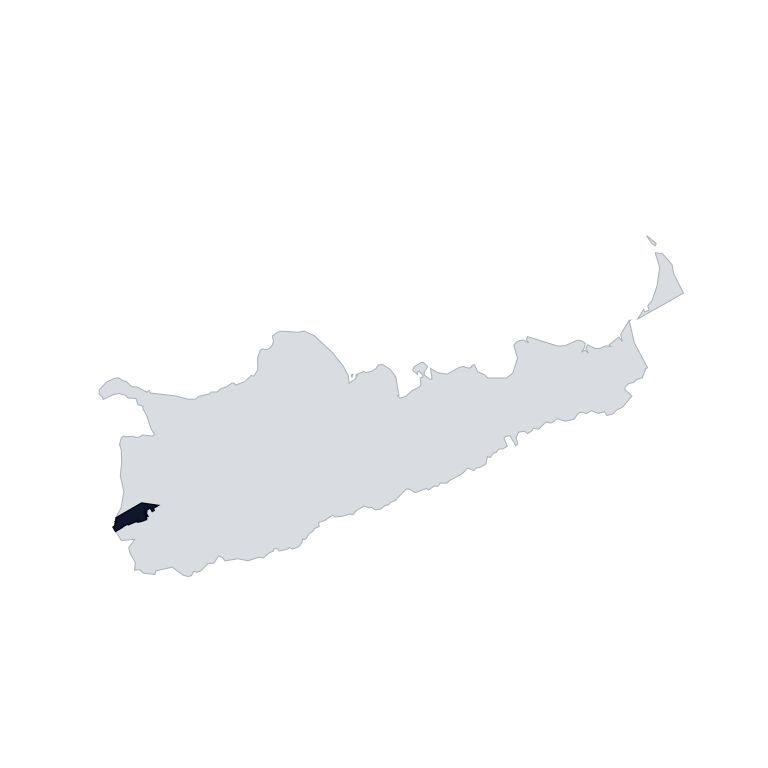 location of Rivadavia, Salta, Argentina, rotated 240°
{"feature_id": "61730980B79245586725774", "entity_name": "Rivadavia", "entity_type": "district", "adm_level": 2, "iso_a3": "ARG", "parent_name": "Argentina", "parent_adm1": "Salta", "projection": "mercator", "projection_center": [-62.515, -23.621], "detail": "fine", "context": "in_parent", "style": "filled", "palette": "ink", "viewbox_px": 768, "rotation_deg": 240, "n_neighbors": 0, "source": "geoboundaries", "source_scale": "gbopen_adm2", "svg_char_len": 5198}
<svg xmlns="http://www.w3.org/2000/svg" viewBox="0 0 768 768"><g transform="rotate(240 384 384)"><path d="M468.8,206.6L465.1,213.2L466.0,217.6L462.5,228.1L463.5,230.2L460.6,235.2L461.6,240.6L460.2,245.9L460.9,252.5L459.8,254.5L457.3,255.0L455.6,264.4L457.8,273.4L455.9,275.1L459.3,281.8L469.7,287.5L475.0,293.5L475.2,295.9L472.4,299.7L472.1,302.8L473.7,307.0L476.3,309.7L481.4,311.3L482.1,317.4L481.2,321.3L471.8,335.3L469.7,341.4L460.8,347.7L437.5,354.9L419.4,357.7L409.0,357.2L402.2,354.2L402.7,362.3L406.1,364.7L404.4,364.8L405.8,366.3L405.0,372.9L402.8,374.2L401.2,379.8L401.3,384.6L403.4,388.6L401.3,392.7L393.4,396.7L384.0,397.7L366.6,391.2L367.3,390.1L366.4,389.8L363.6,391.1L362.4,396.7L364.3,405.3L363.7,412.9L364.8,415.5L371.1,418.4L370.6,421.4L372.7,421.8L377.3,421.0L377.8,418.6L375.5,417.7L381.6,415.7L383.9,418.9L384.1,426.8L383.0,428.9L378.2,430.4L376.8,430.0L374.1,424.4L371.8,423.3L365.0,426.2L364.2,428.0L374.2,432.1L366.8,436.3L361.0,443.7L360.8,457.6L359.5,461.5L355.4,465.1L354.7,467.8L356.1,469.4L355.6,472.0L347.8,471.2L342.2,475.5L337.2,477.0L327.9,493.1L329.2,501.0L339.5,512.6L352.5,515.7L354.2,519.6L353.6,524.3L352.1,527.1L347.3,529.7L351.4,529.7L353.1,532.1L329.8,553.6L326.7,560.0L325.3,573.3L323.5,576.0L318.6,578.7L315.4,575.9L312.8,570.9L312.9,574.9L308.4,576.4L313.8,576.6L316.3,579.8L309.0,584.8L306.9,589.2L306.0,595.5L303.1,599.2L305.3,598.4L307.3,610.9L301.6,611.7L308.6,613.8L316.7,628.2L316.0,629.4L315.8,627.9L294.6,621.4L266.3,620.4L266.5,618.5L260.1,610.7L261.6,605.3L260.5,600.7L262.0,596.5L261.0,591.4L258.7,589.8L249.6,592.7L244.7,579.1L245.1,571.9L243.6,567.2L245.2,561.4L249.8,561.1L251.3,554.9L257.2,550.2L257.3,544.4L260.8,541.1L261.7,538.2L258.5,530.8L261.0,522.7L267.2,516.7L266.7,509.0L270.1,505.3L267.6,495.3L271.0,491.1L269.4,488.7L269.4,483.5L272.8,482.1L275.0,476.5L271.5,471.5L265.3,470.0L264.9,467.3L276.3,467.2L277.7,463.1L277.0,460.8L268.4,459.6L268.5,454.2L270.4,450.7L268.7,447.3L269.4,444.1L267.2,439.4L269.4,437.2L263.8,432.5L263.8,424.5L265.1,422.5L264.3,418.3L269.4,414.4L267.1,406.9L267.6,392.7L266.8,388.9L270.0,383.2L268.4,379.4L270.6,376.5L269.8,369.4L272.3,368.8L274.3,356.7L280.6,353.1L281.9,350.7L277.6,335.6L278.1,329.9L277.1,327.4L278.3,324.1L277.2,319.3L279.2,313.7L283.5,311.4L283.9,309.5L288.3,305.6L288.2,296.2L286.2,291.5L288.5,289.7L290.0,282.6L293.3,275.2L296.1,273.9L295.5,265.5L296.6,257.9L292.9,256.6L293.7,251.2L292.4,249.9L291.7,244.3L289.2,239.4L289.0,237.2L290.5,235.7L287.7,233.8L285.8,229.3L286.2,225.1L286.7,222.3L289.7,220.3L289.1,218.3L291.7,209.8L294.7,209.4L296.3,206.4L294.6,204.8L295.1,199.8L293.7,192.6L296.5,189.0L298.9,177.9L305.7,170.1L310.3,157.8L313.9,157.6L317.8,155.0L313.9,147.0L316.4,142.0L313.8,131.6L314.6,127.7L316.8,125.4L314.3,121.5L315.1,118.2L318.7,114.6L331.3,109.0L336.2,93.1L333.6,90.4L340.4,81.1L345.3,79.6L347.4,74.9L353.7,79.4L364.7,79.5L370.1,81.3L374.1,90.5L379.8,78.3L395.0,77.8L398.1,82.3L403.9,87.2L407.9,94.0L420.5,104.7L436.6,109.9L446.6,117.2L458.1,123.4L463.9,124.8L468.3,129.1L469.3,132.3L466.8,134.9L464.8,139.7L461.7,142.5L460.4,145.6L460.6,149.5L454.6,157.5L454.8,160.4L460.9,159.7L475.8,162.8L483.0,162.8L485.3,164.2L489.2,160.5L495.5,162.0L499.6,155.5L503.7,154.3L508.1,149.9L510.1,144.5L511.0,133.0L513.4,133.7L517.5,132.2L521.2,134.4L524.4,144.2L523.7,153.5L522.0,157.3L517.5,159.4L515.1,162.1L508.0,164.1L504.2,169.2L495.4,174.5L495.9,177.4L493.0,177.2L478.3,197.0L468.8,206.6ZM313.0,688.8L313.4,636.2L318.9,646.3L316.2,645.7L315.4,650.5L320.0,651.6L322.1,657.7L332.2,669.3L347.1,681.0L362.0,684.5L357.9,690.3L343.3,693.1L334.6,690.0L313.0,688.8ZM368.0,688.1L372.5,686.0L381.3,685.6L369.7,690.0L368.0,688.1ZM408.2,360.3L408.0,362.0L405.6,359.4L408.2,360.3Z" fill="#d9dde1" stroke="#a8b0b8" stroke-width="1"/><path d="M402.1,84.9L401.9,84.8L401.7,84.9L401.6,85.0L401.5,84.9L401.4,84.8L401.3,84.7L401.2,84.7L400.9,84.4L400.7,84.2L400.7,84.3L400.6,84.2L400.5,83.9L400.4,83.9L400.4,84.0L400.3,83.9L400.3,83.7L400.2,83.6L399.9,83.6L399.7,83.6L399.4,83.5L399.4,83.4L399.3,83.2L399.2,83.1L399.2,82.9L399.3,82.9L399.2,82.8L399.0,83.0L398.9,83.0L398.8,82.9L398.9,82.6L398.7,82.7L398.4,82.7L398.2,82.5L397.9,82.5L397.9,82.4L397.9,82.2L398.0,82.2L397.9,81.9L398.0,81.7L397.9,81.5L397.7,81.5L397.4,81.4L397.3,81.2L397.2,81.1L396.9,81.0L396.7,80.9L396.6,80.7L396.4,80.4L396.2,80.3L396.1,80.2L396.0,80.3L395.9,80.4L395.7,80.3L395.7,80.2L395.5,79.9L395.5,79.7L395.4,79.5L395.4,79.4L395.6,79.2L395.6,78.9L395.6,78.7L395.4,78.5L395.4,78.4L395.5,78.2L395.4,78.2L395.5,77.9L395.4,77.8L392.8,77.8L392.2,77.8L390.6,77.8L390.7,85.6L390.9,85.6L391.1,92.1L389.9,92.1L388.9,100.1L388.9,103.1L388.7,103.1L388.4,103.0L388.4,102.9L388.2,102.8L388.2,102.7L388.2,102.4L388.0,102.2L387.9,102.2L387.7,102.2L387.7,101.9L387.7,101.7L387.6,101.8L387.5,101.7L387.4,101.7L386.9,104.0L386.7,104.0L385.8,107.9L386.0,108.0L385.4,110.5L386.7,110.8L386.6,111.2L387.9,110.9L387.5,113.2L388.6,112.8L388.5,113.4L389.5,113.5L389.9,111.9L390.5,111.9L390.4,113.2L392.0,114.6L392.4,112.1L393.5,112.7L393.6,117.7L393.7,119.6L389.5,119.6L389.5,121.8L391.7,121.8L391.7,123.5L391.7,124.2L391.7,124.7L391.7,127.0L391.7,127.8L402.1,114.6L402.1,84.9Z" fill="#0f172a" stroke="#020617" stroke-width="1.5"/></g></svg>